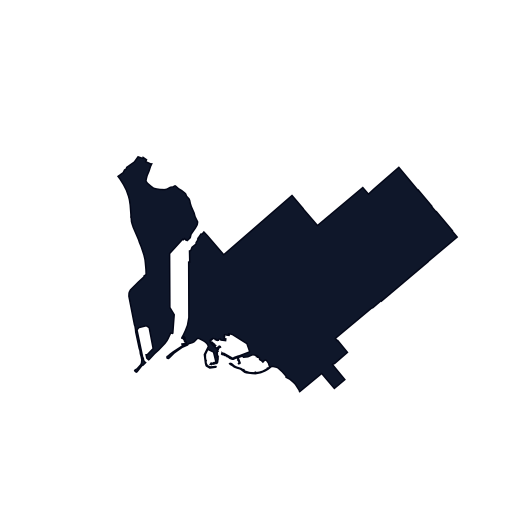 Fremantle, Western Australia, Australia (Albers equal-area conic projection), rotated 320°
{"feature_id": "25037944B1530675969406", "entity_name": "Fremantle", "entity_type": "district", "adm_level": 2, "iso_a3": "AUS", "parent_name": "Australia", "parent_adm1": "Western Australia", "projection": "albers", "projection_center": [115.749, -32.052], "detail": "fine", "context": "isolated", "style": "filled", "palette": "ink", "viewbox_px": 512, "rotation_deg": 320, "n_neighbors": 0, "source": "geoboundaries", "source_scale": "gbopen_adm2", "svg_char_len": 6149}
<svg xmlns="http://www.w3.org/2000/svg" viewBox="0 0 512 512"><g transform="rotate(320 256 256)"><path d="M422.3,370.8L422.3,362.8L422.7,362.8L422.7,337.9L422.3,337.8L422.3,331.9L422.0,331.5L422.7,331.0L422.7,309.7L422.3,309.7L422.4,279.9L389.0,280.5L381.9,280.9L381.8,272.2L322.7,272.2L322.4,249.8L322.6,249.8L322.5,233.3L322.3,233.4L322.3,232.8L232.1,234.3L231.8,209.0L231.5,204.1L228.8,204.6L228.0,203.8L224.4,204.8L224.6,205.2L223.3,205.7L223.2,205.1L222.3,205.5L222.4,206.1L218.8,207.2L217.7,208.3L212.6,208.2L209.9,209.7L208.9,209.7L208.3,209.4L201.3,218.1L200.5,217.4L165.1,259.9L159.0,265.0L153.9,267.8L149.6,269.8L146.7,270.9L146.4,271.3L146.8,271.6L148.8,271.3L149.2,271.8L149.0,272.9L147.0,272.7L147.0,273.1L148.6,273.3L148.4,274.2L147.0,274.1L146.8,274.9L147.2,275.0L147.0,275.5L146.5,275.4L146.4,276.3L147.3,276.7L147.0,277.6L146.1,278.0L142.7,275.8L142.5,276.2L146.0,278.5L145.7,279.0L144.6,278.2L143.3,277.7L130.8,276.2L126.8,276.0L124.6,276.1L123.5,275.9L122.8,276.1L122.3,277.2L123.0,278.2L123.9,278.3L131.0,277.7L140.7,278.5L146.4,280.2L147.7,279.8L151.7,281.5L153.5,281.9L157.7,281.5L158.4,281.6L159.3,282.5L161.3,287.3L161.9,289.4L162.1,291.5L162.0,292.8L161.4,294.7L153.1,298.3L148.4,305.6L147.4,307.8L147.3,308.4L148.6,312.1L153.7,315.3L154.2,315.2L154.2,314.8L149.7,311.7L149.5,311.1L149.0,310.8L148.3,308.6L148.8,306.2L149.7,304.7L150.6,304.2L150.7,303.4L151.7,301.6L154.0,298.8L159.1,296.5L161.7,302.3L157.1,311.6L156.7,311.7L156.3,311.1L155.1,310.9L154.9,310.5L154.4,310.7L153.9,310.2L153.0,310.0L152.9,309.4L152.5,309.7L152.3,309.3L151.4,309.6L152.2,310.2L152.2,310.5L152.7,310.4L153.6,310.8L153.6,311.3L154.7,311.6L154.9,311.9L155.1,311.8L156.3,312.6L157.1,312.7L157.1,313.0L157.8,312.9L158.7,312.4L159.0,311.9L159.8,311.3L159.8,310.9L160.1,310.7L160.4,310.8L160.7,310.2L161.4,309.9L161.3,309.4L162.0,309.0L161.7,308.8L162.1,308.7L162.4,308.0L162.6,307.9L162.5,307.5L162.8,307.0L162.7,306.9L163.0,306.7L162.9,306.2L163.5,306.0L163.4,305.6L163.9,305.3L163.7,305.0L164.1,304.9L163.8,304.7L164.3,304.5L164.2,303.9L164.3,304.1L164.7,303.9L164.7,304.1L165.4,304.1L165.4,304.5L165.7,304.6L166.0,303.9L165.6,303.5L166.5,302.7L166.7,302.9L166.9,302.7L167.2,303.1L167.5,302.7L167.9,302.8L168.1,302.6L168.9,302.6L170.2,303.0L170.4,302.4L170.2,302.0L170.1,302.3L169.9,302.1L169.7,301.6L166.3,301.1L166.1,299.0L167.6,298.6L167.4,298.0L166.0,298.2L165.7,296.9L167.4,296.6L167.2,295.8L165.6,296.2L165.4,294.9L167.0,294.5L166.9,293.8L165.6,294.1L165.5,293.2L165.7,293.3L166.1,291.8L166.6,291.9L166.7,291.1L168.1,291.2L168.1,291.7L168.8,291.7L168.9,291.2L170.0,291.4L171.6,293.5L171.1,293.9L171.8,294.8L171.6,295.0L172.1,295.7L172.3,295.5L173.1,296.4L173.7,295.9L175.4,296.3L175.1,297.8L178.3,301.3L179.6,300.1L178.5,298.8L180.0,297.7L179.7,297.3L181.3,296.1L184.3,299.5L184.9,299.2L184.4,298.5L185.1,297.9L186.1,299.0L187.5,301.1L192.7,317.3L189.9,324.7L189.1,325.2L178.1,321.4L178.1,321.2L174.0,319.7L173.5,319.8L172.7,319.4L172.5,319.6L172.4,319.1L171.9,318.8L171.8,317.9L168.8,309.9L167.9,309.0L167.8,308.5L167.6,308.8L167.2,308.6L166.6,309.1L166.8,309.9L167.5,310.4L167.9,311.1L167.9,311.8L168.5,312.3L169.1,313.8L169.1,314.4L169.4,314.6L169.9,316.0L170.1,317.0L170.4,317.3L170.2,317.6L171.4,319.8L172.4,320.6L175.2,321.3L176.4,322.0L175.9,322.6L175.7,323.8L175.3,324.0L175.6,324.3L175.1,325.2L175.0,326.2L174.3,326.9L173.4,327.1L173.4,327.4L174.3,327.8L174.6,327.5L175.1,327.7L177.0,322.3L181.4,324.0L181.3,325.5L185.0,328.0L189.5,329.3L190.7,330.2L191.5,331.3L192.1,332.4L191.8,333.0L192.5,333.1L192.7,333.8L192.7,334.1L192.1,334.5L192.8,335.3L193.1,336.4L192.3,337.5L192.4,338.5L192.9,339.3L193.1,341.7L195.3,341.4L195.9,341.6L196.5,341.9L196.9,342.9L196.7,346.0L195.0,350.0L193.4,349.8L192.7,349.2L192.3,349.5L191.3,349.5L187.0,348.6L183.8,347.2L181.7,345.9L180.9,345.3L181.0,344.8L180.8,344.5L180.2,344.8L179.2,344.1L176.1,341.2L173.6,337.3L173.3,336.4L173.6,335.2L172.9,334.7L172.1,332.5L169.7,328.8L168.7,326.5L168.1,322.9L167.6,322.0L166.8,321.5L166.6,321.5L166.6,322.4L167.5,324.7L168.0,327.0L169.5,329.7L171.1,332.0L171.6,333.1L172.6,337.7L173.5,339.2L177.7,343.7L179.9,345.8L184.6,348.4L189.0,349.8L192.3,350.4L196.9,350.6L198.4,352.0L200.3,354.5L200.9,355.8L201.7,361.6L201.8,366.2L201.5,368.5L201.2,368.5L202.7,372.1L203.5,376.9L203.7,379.5L202.7,387.4L202.4,387.4L202.3,388.0L230.8,388.2L230.9,407.8L244.6,407.8L244.8,388.3L245.7,388.3L247.0,388.9L264.1,388.6L264.3,373.1L263.7,372.9L263.8,370.1L310.6,370.2L312.4,370.7L323.0,370.6L323.0,371.2L384.1,371.0L384.1,370.8L422.3,370.8ZM201.5,106.3L201.3,109.8L200.4,116.2L199.0,122.3L196.7,128.4L195.2,131.5L192.4,136.1L186.5,144.3L185.0,146.0L184.7,146.9L182.8,149.5L181.8,151.6L180.4,155.1L176.5,168.1L175.5,170.5L174.0,175.2L170.8,183.2L168.6,187.5L167.0,189.9L163.1,195.5L160.2,199.2L159.6,199.6L157.5,199.3L156.7,200.0L149.5,200.3L138.0,201.3L135.6,202.3L134.5,203.2L132.7,205.2L121.9,224.7L118.7,230.5L118.1,232.1L116.4,234.9L115.0,236.9L107.2,251.6L106.3,253.9L104.6,256.5L103.2,259.6L101.8,262.1L99.5,264.4L97.9,265.2L92.3,266.0L90.1,265.6L89.4,265.8L89.3,266.4L89.6,268.0L90.3,268.2L91.0,268.1L98.2,266.6L99.2,267.0L102.9,266.7L102.7,265.7L102.8,263.8L104.0,261.8L103.7,261.5L117.3,236.2L120.1,235.5L127.1,238.9L128.1,242.2L117.7,260.8L109.3,261.7L108.3,261.0L106.7,264.0L107.0,266.5L107.5,266.6L115.6,265.6L121.1,265.4L130.1,264.4L133.4,263.6L135.5,262.8L141.2,260.1L142.2,261.6L142.7,261.6L155.6,248.4L156.9,240.1L191.4,198.6L210.6,196.0L210.7,196.8L212.5,196.7L212.5,198.5L213.0,198.6L212.9,199.3L213.3,200.0L217.4,199.7L220.2,197.6L227.5,195.6L230.5,194.5L231.5,193.9L233.2,192.4L234.6,186.7L236.2,183.3L238.2,176.5L239.4,173.6L240.9,170.8L241.4,169.2L241.2,165.7L242.0,163.2L241.9,161.9L241.1,158.0L239.9,154.6L239.3,150.5L238.6,150.0L236.8,149.8L235.1,148.6L234.1,148.2L230.9,147.6L229.7,147.0L228.6,146.4L225.1,143.2L222.9,140.7L221.1,138.2L220.3,134.7L219.6,130.4L219.8,128.1L220.2,127.5L222.2,125.9L224.3,124.4L228.6,122.2L232.9,119.5L235.3,118.4L234.5,117.7L232.1,112.8L234.0,111.9L232.9,107.9L232.0,108.5L229.4,104.2L223.2,105.8L213.9,105.0L212.7,105.9L210.6,105.6L207.8,106.8L201.5,106.3Z" fill="#0f172a" stroke="#020617" stroke-width="1.5"/></g></svg>